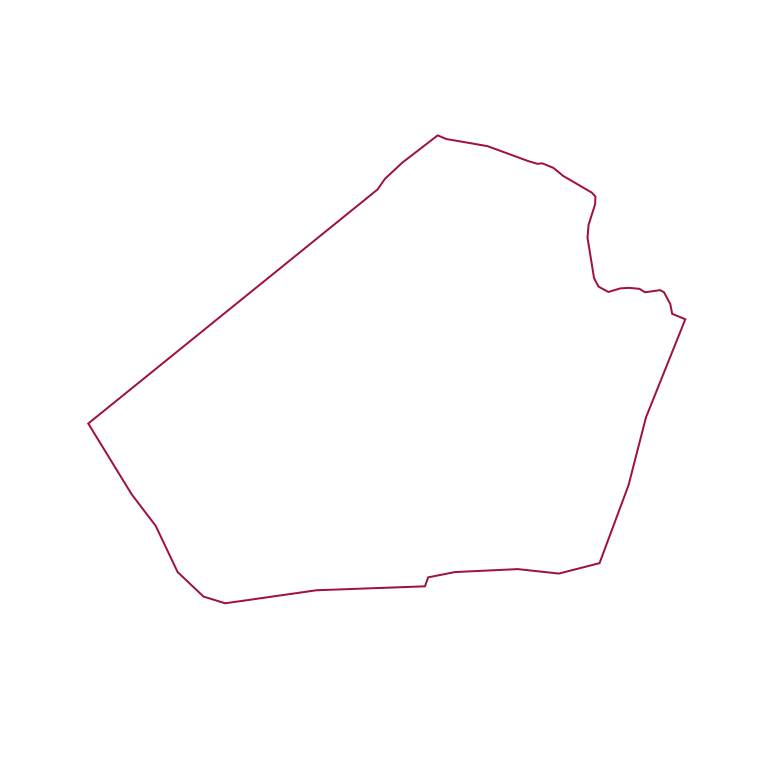 Ali Sabeh, Ali Sabieh, Djibouti (orthographic projection), rotated 200°
{"feature_id": "41766387B65421474667097", "entity_name": "Ali Sabeh", "entity_type": "district", "adm_level": 2, "iso_a3": "DJI", "parent_name": "Djibouti", "parent_adm1": "Ali Sabieh", "projection": "orthographic", "projection_center": [42.832, 11.234], "detail": "fine", "context": "isolated", "style": "outline", "palette": "rose", "viewbox_px": 768, "rotation_deg": 200, "n_neighbors": 0, "source": "geoboundaries", "source_scale": "gbopen_adm2", "svg_char_len": 718}
<svg xmlns="http://www.w3.org/2000/svg" viewBox="0 0 768 768"><g transform="rotate(200 384 384)"><path d="M276.3,207.9L276.4,217.4L253.1,231.5L195.0,255.8L154.8,265.7L120.2,289.4L119.6,372.5L126.4,442.2L123.0,547.9L137.2,548.5L142.3,557.0L152.3,566.0L156.7,566.6L170.0,559.5L176.5,560.8L186.5,558.2L194.6,554.7L204.7,547.2L215.8,548.9L222.8,555.3L223.2,556.0L242.8,591.1L246.2,603.6L247.1,625.3L249.5,632.5L254.1,634.9L286.8,640.8L293.0,643.0L298.7,645.0L310.7,645.5L315.4,643.3L325.3,642.8L368.1,642.9L409.2,635.5L418.6,636.0L442.6,598.1L453.3,577.1L456.6,564.6L648.4,245.7L583.2,193.9L550.0,172.6L513.6,136.7L480.9,122.5L458.3,123.6L376.9,167.1L276.3,207.9Z" fill="none" stroke="#9f1239" stroke-width="2"/></g></svg>